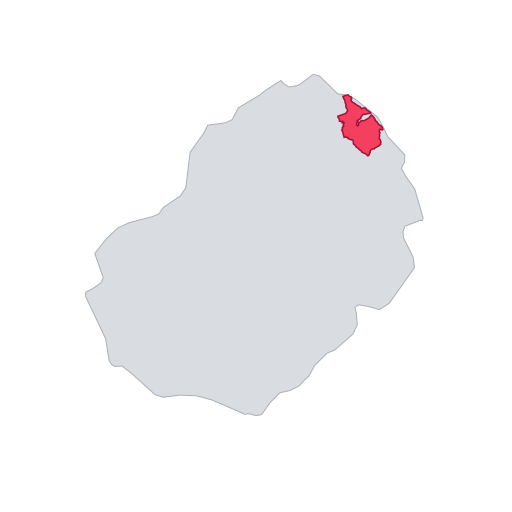 Struga, Struga, North Macedonia shown in context, rotated 151°
{"feature_id": "65306769B59831193355348", "entity_name": "Struga", "entity_type": "district", "adm_level": 2, "iso_a3": "MKD", "parent_name": "North Macedonia", "parent_adm1": "Struga", "projection": "mercator", "projection_center": [20.597, 41.258], "detail": "fine", "context": "in_parent", "style": "filled", "palette": "rose", "viewbox_px": 512, "rotation_deg": 151, "n_neighbors": 0, "source": "geoboundaries", "source_scale": "gbopen_adm2", "svg_char_len": 3466}
<svg xmlns="http://www.w3.org/2000/svg" viewBox="0 0 512 512"><g transform="rotate(151 256 256)"><path d="M232.9,135.6L240.7,136.6L257.7,131.8L268.3,125.1L273.6,124.1L280.8,121.5L291.1,121.8L301.5,124.8L314.8,120.9L327.9,114.6L333.1,116.2L338.7,121.5L342.5,123.0L364.1,151.2L375.9,162.6L389.9,171.2L405.8,177.5L411.5,183.6L421.7,213.4L426.6,224.7L433.3,228.1L434.9,231.3L435.2,235.6L427.6,256.5L424.6,303.2L422.6,306.9L414.7,306.7L404.1,307.7L400.1,311.3L395.8,336.3L378.9,343.5L363.4,347.5L350.4,346.6L327.6,340.7L320.1,340.0L313.7,343.4L293.3,345.2L284.4,349.6L263.3,378.7L242.0,388.8L234.8,393.8L218.5,387.4L210.7,386.8L199.5,394.2L174.8,394.9L168.1,396.2L149.1,397.4L148.3,393.4L144.8,387.5L135.9,384.8L117.7,387.1L113.3,382.8L105.9,358.1L100.0,354.1L93.5,345.8L82.4,318.8L82.2,306.9L82.9,296.6L76.8,272.3L80.6,266.2L86.3,262.3L86.3,252.5L84.7,237.6L91.4,208.3L93.3,206.2L95.0,207.6L111.3,209.9L115.5,206.2L118.2,200.4L119.1,178.9L123.0,169.0L162.5,150.0L174.0,149.3L183.0,158.0L190.0,163.6L194.3,163.4L195.8,157.8L200.6,147.0L208.7,140.8L232.7,135.6L232.9,135.6Z" fill="#d9dde1" stroke="#a8b0b8" stroke-width="1"/><path d="M86.4,325.3L86.3,325.5L86.2,326.2L86.8,327.1L87.3,328.3L87.9,329.4L88.3,329.9L88.4,330.1L88.5,330.5L88.5,331.0L88.4,331.3L88.4,331.5L88.4,331.8L88.7,332.5L89.5,333.0L90.7,333.4L91.7,333.7L91.8,333.6L92.1,333.5L92.4,334.1L92.4,334.7L92.4,335.0L92.6,336.0L93.1,336.7L93.5,337.3L93.8,338.0L94.6,339.0L95.1,339.8L95.5,341.3L96.2,342.5L96.6,342.9L96.7,343.1L97.1,344.0L97.4,344.8L97.6,345.4L97.6,345.7L97.6,345.9L97.2,346.2L96.4,346.9L95.6,348.2L95.6,348.3L95.5,348.6L95.8,349.2L95.9,349.3L96.5,350.0L96.9,350.7L97.1,351.2L97.2,351.7L97.3,352.1L97.4,352.4L99.2,352.8L99.9,352.9L100.8,353.1L101.8,353.3L102.4,353.4L102.6,353.5L103.0,351.0L102.7,349.6L103.8,346.3L103.8,344.8L104.7,343.8L105.2,342.5L105.1,339.9L105.5,338.5L108.7,337.2L116.6,338.6L117.0,338.0L116.9,335.0L117.7,333.3L116.5,332.6L116.3,332.2L116.6,332.1L115.4,331.9L115.9,331.0L114.9,331.1L115.3,330.3L114.9,330.2L115.2,329.8L114.6,329.7L116.6,327.7L116.5,327.2L116.9,327.2L116.9,326.7L118.2,326.6L119.3,324.5L120.0,324.5L119.9,323.2L121.4,317.0L119.9,316.8L119.3,315.7L118.3,315.3L118.6,314.9L118.4,313.9L116.3,311.3L115.6,311.3L115.1,309.7L116.5,306.8L115.6,304.9L115.5,302.7L114.3,300.5L114.3,299.6L113.0,296.7L113.0,295.3L110.3,291.8L109.8,289.6L109.4,289.3L108.1,289.5L107.0,290.7L106.1,291.0L104.9,292.8L103.1,293.2L101.4,293.0L100.8,292.4L99.7,292.8L94.7,292.7L94.4,292.8L92.5,293.4L92.5,293.9L92.4,294.5L92.2,294.7L91.7,294.8L91.4,295.5L91.2,296.4L91.0,297.2L90.9,297.6L91.2,298.8L91.3,299.1L91.2,299.4L90.8,299.9L90.2,300.4L89.9,300.8L89.5,301.3L89.3,301.6L89.2,302.4L88.7,303.0L87.8,303.6L87.8,304.7L87.7,305.3L87.6,305.6L86.9,306.4L86.8,306.6L86.7,306.7L86.5,306.8L86.2,306.8L85.8,306.2L85.2,305.6L84.8,305.3L84.3,305.0L83.9,305.0L83.7,305.1L83.5,305.5L83.4,307.0L83.2,307.6L83.3,308.3L83.8,309.7L84.0,310.1L84.4,310.7L84.8,311.4L85.0,312.4L85.1,313.9L85.1,314.6L85.2,315.1L85.5,315.8L86.0,316.2L86.0,316.8L85.7,317.4L85.6,318.8L85.7,320.0L85.9,320.9L86.0,321.9L86.1,322.1L86.2,322.3L86.5,322.8L86.8,323.5L90.1,322.1L93.4,321.9L96.0,322.0L96.8,322.3L97.5,323.2L99.0,323.3L99.7,322.7L100.2,322.8L102.2,322.0L103.1,320.6L103.9,320.5L103.7,321.2L104.6,321.7L103.8,323.2L101.7,323.9L102.2,325.0L101.6,324.9L100.9,325.5L100.5,325.2L97.6,325.6L97.3,326.2L94.3,327.8L92.5,327.6L91.6,326.7L90.7,326.8L86.4,325.3Z" fill="#f43f5e" stroke="#9f1239" stroke-width="1.5"/></g></svg>